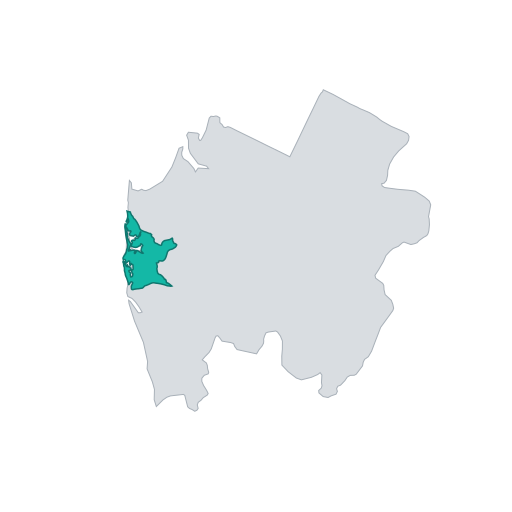 Etimbouè, Ogooué-Maritime, Gabon shown in context, rotated 26°
{"feature_id": "22940354B22587364924270", "entity_name": "Etimbouè", "entity_type": "district", "adm_level": 2, "iso_a3": "GAB", "parent_name": "Gabon", "parent_adm1": "Ogooué-Maritime", "projection": "robinson", "projection_center": [9.502, -1.676], "detail": "fine", "context": "in_parent", "style": "filled", "palette": "teal", "viewbox_px": 512, "rotation_deg": 26, "n_neighbors": 0, "source": "geoboundaries", "source_scale": "gbopen_adm2", "svg_char_len": 9451}
<svg xmlns="http://www.w3.org/2000/svg" viewBox="0 0 512 512"><g transform="rotate(26 256 256)"><path d="M342.4,85.1L342.2,89.1L338.2,99.0L336.3,106.6L335.8,114.7L336.9,121.2L338.9,125.8L340.1,130.9L339.2,134.4L337.2,135.9L338.6,137.7L341.5,138.1L346.5,136.5L354.2,133.9L364.2,130.0L370.8,127.9L381.8,129.2L387.6,130.7L390.6,133.4L393.8,145.0L395.4,146.8L398.1,151.7L400.3,157.6L400.8,160.7L400.5,162.8L398.3,166.0L395.8,170.7L394.9,173.6L392.8,175.7L390.2,177.8L382.9,178.6L381.8,179.9L379.7,184.9L375.9,189.2L374.2,193.2L372.6,198.6L372.9,205.2L372.2,214.8L371.4,221.2L373.3,223.5L382.0,225.1L383.7,226.4L386.0,230.4L389.0,234.1L397.0,236.5L400.1,239.4L402.6,242.6L402.9,245.1L401.1,255.5L399.3,265.5L400.0,273.1L400.6,280.3L401.6,290.9L401.1,297.3L398.9,301.3L398.9,304.4L399.9,308.1L397.9,318.3L396.6,320.1L393.0,322.0L391.1,324.8L390.5,329.1L388.6,335.0L386.6,337.2L386.6,340.0L388.5,342.0L388.5,345.1L384.9,348.7L382.8,351.6L378.0,352.9L372.6,351.5L371.3,349.4L372.6,346.2L372.2,343.7L370.3,341.0L367.4,334.1L364.8,332.7L363.4,335.5L359.0,340.7L351.1,347.4L345.7,348.0L335.6,345.9L327.1,342.7L323.1,334.8L320.6,328.3L317.0,320.8L313.0,317.2L308.7,314.9L306.7,314.7L300.5,318.9L298.7,320.6L298.7,324.1L299.3,327.4L300.2,329.0L301.0,331.1L300.9,334.4L299.8,338.8L299.4,343.7L280.0,348.4L276.6,346.7L274.2,344.5L271.2,344.9L262.8,347.4L259.7,345.7L256.6,344.4L255.2,345.5L255.1,347.5L256.5,359.0L256.1,363.3L254.2,369.0L253.2,372.9L258.3,373.9L260.2,375.7L262.0,378.6L264.5,381.3L264.7,382.9L261.8,385.9L260.9,389.6L262.2,392.4L265.7,395.4L270.8,398.6L273.3,400.6L273.1,402.5L270.7,406.4L269.8,409.8L268.2,412.8L268.5,415.6L270.8,418.3L270.5,420.6L269.0,422.4L265.8,422.0L263.1,422.2L260.7,421.5L253.1,412.5L251.5,412.2L240.5,419.2L237.8,422.0L235.5,426.1L232.4,435.0L227.5,429.8L223.2,420.4L218.1,414.6L207.6,405.2L204.8,398.3L192.7,383.0L175.4,367.8L162.8,354.5L160.9,351.6L163.0,352.0L175.1,358.6L176.8,357.8L178.2,356.3L173.0,352.9L168.0,350.2L163.3,348.5L158.6,348.6L156.0,345.8L154.3,341.6L153.4,337.9L151.3,334.1L144.7,326.3L143.1,323.2L139.4,319.1L141.6,318.6L148.8,322.5L149.4,320.9L148.8,318.6L141.6,314.9L137.7,314.6L136.8,312.0L137.4,308.9L132.2,297.5L126.9,288.9L126.1,284.9L140.4,303.5L142.3,303.8L144.9,303.6L150.8,301.6L149.7,299.1L147.0,296.4L144.4,297.6L141.0,297.9L139.3,296.8L138.5,294.9L141.8,285.8L140.4,286.3L139.3,287.9L137.4,288.7L134.6,289.1L127.5,284.3L121.3,271.2L119.6,268.5L117.9,264.0L116.3,262.1L109.1,243.6L111.9,244.9L115.1,250.3L121.5,249.2L124.0,246.1L126.1,246.2L128.4,245.5L131.2,242.5L139.3,229.8L141.4,212.9L140.7,202.9L139.6,192.9L142.3,189.8L143.3,191.8L143.8,195.4L145.1,198.0L148.0,200.3L153.4,201.0L161.8,204.6L164.7,207.0L165.5,202.3L175.1,198.3L172.2,196.9L163.7,198.5L152.0,192.5L148.1,188.7L144.5,181.5L140.7,177.8L141.0,174.4L149.4,171.3L151.6,171.6L152.5,175.3L154.8,176.9L155.6,176.3L156.0,173.2L156.0,164.7L153.5,152.5L154.3,150.1L156.6,149.3L158.6,147.7L160.0,147.4L162.9,147.7L164.3,150.5L165.1,152.0L168.0,152.8L170.3,154.3L172.3,153.9L174.0,152.1L176.5,151.7L184.2,151.8L191.1,151.8L204.9,151.8L218.7,151.9L232.5,151.9L242.9,152.0L242.9,145.0L242.9,134.3L242.8,121.5L242.7,109.4L242.7,98.1L242.6,84.8L243.1,80.9L243.8,79.3L243.6,77.1L254.3,77.0L273.6,78.0L282.1,77.8L284.5,78.0L295.1,77.4L303.6,78.2L307.3,79.1L310.5,79.6L320.8,80.2L334.2,79.5L338.7,79.6L341.2,81.5L342.4,85.1Z" fill="#d9dde1" stroke="#a8b0b8" stroke-width="1"/><path d="M193.5,319.9L190.6,319.2L188.4,318.9L188.0,319.1L187.3,319.2L186.8,318.8L186.5,318.0L186.1,317.7L185.7,317.4L185.4,317.0L184.8,316.7L184.4,317.0L183.8,317.0L183.3,316.5L182.6,316.1L181.5,315.6L180.5,315.2L179.3,314.9L178.4,314.7L177.4,314.9L176.4,314.9L175.5,314.6L175.1,314.3L173.7,312.8L173.3,312.1L172.7,311.3L172.3,310.7L172.2,309.8L171.9,308.8L171.3,307.9L170.9,307.4L170.3,306.9L170.0,306.5L169.6,305.9L170.8,305.1L171.1,304.5L171.2,304.0L171.0,303.8L170.8,303.4L171.0,303.1L171.4,302.6L172.0,302.3L172.8,302.1L173.5,301.8L174.1,301.5L174.6,301.0L175.0,300.2L175.3,299.6L175.5,298.8L175.6,297.6L175.5,296.4L175.4,295.5L175.1,293.6L174.7,291.4L174.7,291.0L174.9,289.8L175.1,289.3L175.7,288.3L176.0,287.9L176.5,287.5L177.0,287.1L177.5,286.7L177.8,286.3L178.2,285.8L179.1,284.4L179.7,283.3L179.9,282.1L179.9,281.5L179.9,280.8L179.3,280.5L178.6,280.3L177.6,280.3L177.1,280.5L176.6,280.5L176.3,280.3L175.9,279.9L175.5,279.6L175.0,279.3L174.4,278.8L174.0,278.1L173.7,277.4L173.4,277.0L172.8,276.7L171.8,278.3L171.2,279.1L167.0,282.3L166.3,283.5L166.0,284.4L165.9,285.3L166.0,286.5L166.2,286.9L166.3,287.5L166.1,287.9L165.6,288.2L165.2,288.3L164.0,288.5L162.6,288.4L161.8,288.3L161.3,288.3L160.8,288.4L160.4,288.5L159.9,288.5L159.1,288.3L158.5,288.0L158.2,287.7L157.7,287.2L157.5,286.8L157.2,285.8L156.8,285.4L156.3,285.0L155.3,284.6L154.6,284.6L154.1,284.3L153.5,284.0L153.0,283.6L153.0,283.1L152.9,282.6L152.3,282.4L152.0,282.3L151.1,282.1L150.8,282.2L150.4,282.5L147.2,282.7L144.3,283.1L143.4,283.1L141.1,283.1L140.1,282.7L139.1,282.0L138.4,281.2L137.3,280.1L135.9,279.1L134.1,277.8L131.8,276.5L130.9,276.1L130.1,276.0L129.6,275.9L129.3,275.6L128.2,274.7L127.6,274.3L127.3,274.2L126.8,274.1L126.4,274.0L125.6,273.2L124.5,272.6L124.3,272.3L124.0,271.7L123.5,271.5L122.9,271.7L122.6,271.9L121.9,272.0L120.4,272.2L121.7,273.8L122.8,275.6L123.6,277.2L123.9,278.7L124.1,280.0L124.1,280.8L124.1,281.7L124.3,282.1L124.7,282.1L124.9,281.7L125.2,280.5L125.1,280.0L124.7,279.1L124.7,278.6L125.2,279.0L125.6,279.4L126.4,280.6L126.6,281.4L126.6,281.9L126.5,282.3L126.2,282.5L125.9,282.7L125.8,283.0L126.0,283.5L126.1,283.8L125.9,284.2L125.7,284.6L125.7,285.0L125.8,285.8L126.0,286.3L126.4,286.8L126.9,287.1L127.7,287.4L129.4,288.7L129.7,289.0L130.2,289.2L130.6,289.2L131.1,289.2L131.5,288.7L132.0,288.4L132.5,288.4L132.8,288.7L132.9,289.2L132.6,290.1L132.7,291.4L133.1,292.4L133.4,292.5L133.8,292.7L134.2,292.7L135.0,292.5L135.9,292.2L136.8,292.0L137.2,291.8L137.9,290.4L138.2,290.0L138.6,289.8L138.9,289.8L139.3,289.9L139.7,290.3L139.9,290.6L140.2,290.6L140.6,290.6L141.4,290.1L141.7,289.7L141.8,289.2L141.9,288.6L141.6,285.9L141.6,285.5L141.7,285.0L141.8,285.0L142.0,285.0L142.1,285.3L142.1,285.5L142.0,285.9L142.0,286.1L142.9,287.5L143.0,288.3L142.9,288.8L142.8,289.2L142.2,290.4L142.2,291.2L142.0,291.7L141.7,292.1L141.4,292.3L140.6,292.5L140.0,292.5L139.7,292.7L139.6,292.9L139.7,293.3L140.0,293.6L140.2,294.1L140.2,294.7L139.9,295.3L139.5,295.5L138.7,295.7L138.0,296.0L137.7,296.4L137.6,296.9L137.7,297.4L137.9,297.6L138.4,297.6L138.9,297.9L139.1,298.5L139.1,299.3L139.3,301.0L139.5,301.5L139.9,301.9L140.4,301.9L141.9,301.7L143.0,301.4L144.0,301.1L144.7,300.6L145.3,300.1L145.7,299.6L146.5,298.3L147.0,297.9L147.3,297.3L147.4,296.7L147.1,296.1L147.1,295.6L147.4,295.4L148.1,295.4L148.6,295.6L149.3,295.9L149.7,296.2L149.6,296.8L149.5,297.2L149.7,299.5L150.0,300.6L150.3,301.3L150.8,301.8L151.4,302.2L152.8,302.7L153.3,302.9L153.1,303.2L151.9,303.5L148.0,303.2L146.9,303.2L146.5,303.3L146.2,303.6L146.4,304.9L146.4,305.9L146.3,306.6L145.9,306.9L145.3,306.6L145.1,305.9L145.1,305.4L145.2,304.9L145.3,304.3L145.0,304.0L144.3,304.1L143.0,304.7L142.4,305.0L141.8,305.4L141.2,306.0L140.8,306.2L140.5,305.6L140.1,305.5L139.6,305.6L139.4,306.0L139.8,306.5L139.8,307.0L139.3,307.4L138.9,307.1L138.8,306.4L138.8,305.6L138.5,302.2L138.5,301.0L138.2,299.8L137.6,299.5L137.0,299.4L136.5,299.2L135.8,298.7L135.2,298.2L134.2,297.4L133.9,297.0L133.1,296.5L132.3,295.7L132.0,294.8L131.1,293.8L130.8,293.1L130.7,292.4L130.3,291.9L129.8,291.6L129.2,290.9L129.1,290.4L129.2,289.7L128.9,289.3L128.1,288.5L127.7,288.3L127.0,288.1L126.5,288.0L126.1,287.7L125.4,287.0L125.1,286.5L124.9,285.5L124.2,283.9L124.6,285.4L125.1,286.8L125.8,288.1L127.3,290.2L129.7,294.1L132.2,297.6L134.8,300.8L135.9,302.2L136.9,305.1L137.0,307.3L137.5,308.6L137.8,311.4L137.5,312.7L137.3,314.2L137.3,315.9L137.8,317.0L138.4,317.3L139.2,316.9L139.6,316.6L140.2,316.8L140.9,317.4L141.1,318.1L140.6,318.7L140.7,319.3L141.3,319.4L142.1,319.8L142.2,319.6L142.4,318.5L142.7,318.1L143.1,317.9L143.3,317.1L143.5,316.4L144.1,316.1L144.8,316.3L145.3,317.0L145.6,317.8L145.8,318.4L147.1,319.8L147.1,319.3L146.9,318.5L146.9,317.8L147.2,317.5L147.8,318.0L148.2,318.0L148.6,317.7L149.0,317.7L149.8,318.6L150.2,319.4L151.2,321.4L151.4,322.0L151.1,322.6L150.5,322.9L150.4,323.5L150.6,324.1L151.2,324.5L151.9,325.2L153.2,326.1L153.7,327.6L153.8,328.5L153.5,329.1L153.2,329.3L152.7,329.7L152.4,329.6L151.8,328.7L151.4,328.3L151.0,327.6L151.0,326.8L150.7,326.3L150.0,326.1L149.4,326.1L148.4,325.4L148.2,324.9L148.9,324.2L149.3,323.5L149.3,322.5L148.9,322.0L148.0,321.7L147.0,321.5L145.3,321.5L144.9,322.1L144.1,322.2L144.0,321.7L144.4,321.3L144.6,320.8L144.2,320.4L143.9,320.8L143.6,321.5L143.0,321.3L142.7,321.1L141.6,321.1L140.6,320.6L139.9,319.5L139.1,318.7L138.8,318.9L139.1,319.8L140.2,320.8L141.5,322.9L142.7,324.0L143.5,325.4L144.2,326.9L145.9,328.8L146.9,330.3L147.9,331.3L149.4,332.5L151.4,334.5L153.4,336.5L153.8,337.4L153.9,337.5L154.3,337.3L154.5,336.8L154.6,335.3L154.8,334.3L155.1,333.9L155.8,333.7L156.6,333.9L157.0,334.2L157.1,335.0L157.1,337.0L157.2,337.9L158.0,339.4L158.3,339.9L158.6,340.3L159.1,340.5L159.7,340.4L160.4,340.0L161.1,339.3L163.7,337.5L164.3,337.2L165.2,336.6L166.7,335.5L167.8,334.8L168.1,334.4L168.5,333.5L169.0,331.8L169.4,331.3L170.2,330.6L172.0,328.6L173.5,326.7L174.4,325.8L175.1,325.3L176.0,324.8L178.2,324.2L179.5,323.7L182.5,322.8L186.4,322.0L189.2,321.7L190.6,321.2L191.3,320.9L192.2,320.7L192.9,320.4L193.5,319.9Z" fill="#14b8a6" stroke="#0f766e" stroke-width="1.5"/></g></svg>